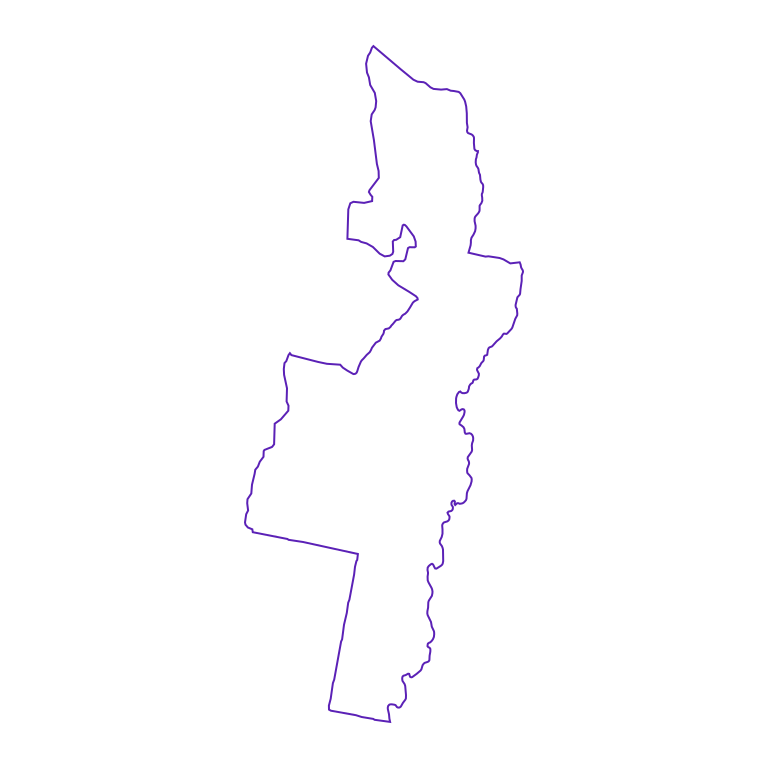 Patulul, Suchitepéquez, Guatemala
{"feature_id": "79465075B31102822949903", "entity_name": "Patulul", "entity_type": "district", "adm_level": 2, "iso_a3": "GTM", "parent_name": "Guatemala", "parent_adm1": "Suchitepéquez", "projection": "natural_earth1", "projection_center": [-91.15, 14.387], "detail": "fine", "context": "isolated", "style": "outline", "palette": "violet", "viewbox_px": 768, "rotation_deg": 0, "n_neighbors": 0, "source": "geoboundaries", "source_scale": "gbopen_adm2", "svg_char_len": 6092}
<svg xmlns="http://www.w3.org/2000/svg" viewBox="0 0 768 768"><path d="M390.1,721.9L389.4,718.6L389.0,714.3L387.8,708.9L387.8,707.4L388.2,705.9L389.3,704.7L390.1,704.4L391.6,704.3L394.3,704.7L395.5,705.1L397.0,707.1L398.1,707.6L399.5,707.5L400.6,706.8L401.1,706.1L402.9,702.9L405.4,699.6L405.9,698.4L406.0,695.1L405.2,685.9L404.6,684.1L402.5,680.9L402.3,679.9L402.2,678.1L402.6,676.5L403.5,675.7L405.6,675.1L408.1,673.7L409.2,673.9L409.7,675.8L410.3,677.0L411.3,677.3L412.2,677.1L416.6,673.9L420.6,670.5L421.4,669.3L422.6,665.2L423.7,663.7L424.6,662.9L427.7,661.9L428.7,661.3L429.4,660.1L429.6,655.7L430.3,651.8L430.4,649.8L430.2,648.5L429.3,647.6L428.3,647.2L427.5,646.2L427.6,645.0L427.9,643.6L429.2,642.7L430.3,642.3L431.9,640.7L433.0,639.1L433.9,636.9L434.2,634.2L434.1,632.0L433.8,630.9L431.8,626.7L431.0,622.0L427.7,615.2L427.3,613.5L427.4,611.2L428.1,607.6L428.3,602.4L428.6,601.2L429.1,600.2L431.9,595.8L432.4,593.3L432.5,591.5L432.1,589.3L431.5,587.8L428.5,582.4L427.7,580.3L427.6,576.5L428.0,573.7L428.0,572.5L427.5,570.0L427.7,567.6L428.7,566.1L429.7,565.2L431.0,564.2L432.0,563.8L433.1,564.5L434.6,567.6L435.2,568.5L436.5,568.6L440.9,565.8L442.2,564.6L442.7,563.6L443.2,561.1L443.0,549.6L442.6,547.9L441.9,546.1L440.0,543.5L439.7,542.3L439.8,540.9L441.7,537.0L442.5,533.7L442.5,529.3L442.2,525.8L442.3,524.8L442.9,523.5L444.0,522.4L447.3,521.4L448.4,520.6L449.2,519.5L449.5,517.8L449.5,516.4L448.0,514.1L447.5,512.7L448.5,511.6L451.2,511.0L452.2,510.2L452.7,509.3L452.9,508.0L452.8,506.8L451.6,505.0L451.4,504.0L451.5,502.7L452.1,501.5L453.1,500.8L454.2,500.7L454.9,501.5L454.6,504.1L455.2,505.0L457.2,503.2L458.4,503.2L459.7,503.8L461.7,503.5L462.7,503.2L463.8,502.5L465.1,501.2L466.0,500.1L466.5,498.7L466.9,493.2L467.5,491.2L470.5,485.2L471.6,481.3L471.7,479.3L471.5,478.0L469.5,475.3L467.5,473.2L467.2,472.2L467.1,470.4L467.2,468.8L469.0,464.0L469.1,463.0L468.8,461.3L468.2,460.3L467.6,458.7L467.8,457.1L471.7,451.6L472.1,450.0L471.8,445.4L472.1,443.3L473.1,440.5L473.2,438.0L472.9,436.5L472.2,435.0L471.1,433.8L469.5,433.2L466.5,433.8L465.5,433.7L464.8,432.5L464.4,429.0L463.5,427.2L461.5,425.5L459.6,424.3L459.4,423.1L459.7,422.2L463.2,416.4L464.0,414.7L464.6,411.9L464.5,410.4L463.8,409.4L462.7,409.1L461.5,409.4L459.5,410.8L458.4,410.3L457.5,408.9L456.7,407.1L456.0,403.0L456.1,398.4L456.5,396.6L457.3,394.3L459.0,392.0L460.3,391.5L461.2,392.5L462.4,393.1L464.3,393.2L466.2,392.8L467.2,392.3L467.8,391.6L468.8,388.8L469.1,386.4L470.2,384.5L471.3,383.5L472.4,383.0L473.0,381.8L473.3,380.4L474.2,379.6L476.5,379.4L477.5,378.8L478.1,377.6L478.8,375.4L478.9,373.7L477.2,370.4L477.0,369.6L477.3,368.2L478.4,367.5L479.7,366.2L481.3,363.1L483.3,361.0L483.7,360.1L484.1,356.5L484.9,355.6L486.0,355.4L487.2,354.8L487.9,349.9L488.6,348.2L489.4,347.4L491.8,346.5L492.4,346.0L496.6,341.3L500.1,338.4L501.8,336.5L503.0,334.4L504.0,333.6L506.5,333.9L507.3,333.4L511.5,328.9L512.3,327.6L515.3,318.8L517.2,315.3L517.3,313.5L516.8,308.7L515.9,307.5L515.6,306.0L515.6,304.9L517.4,297.3L519.8,294.6L520.1,293.6L520.5,289.2L521.7,280.9L521.7,275.5L522.9,272.3L523.0,271.2L522.5,269.8L521.7,268.6L521.1,267.3L520.6,264.6L519.7,262.3L510.3,263.4L503.5,259.4L499.6,258.0L488.5,256.3L485.5,256.6L468.5,252.7L470.6,245.3L470.9,242.6L470.9,240.1L471.5,237.7L473.5,234.6L475.1,231.2L475.6,228.3L475.6,225.8L474.6,221.2L474.6,218.7L474.9,217.3L475.6,216.2L478.1,213.4L478.9,212.2L479.5,210.9L479.6,209.5L479.6,205.8L480.0,205.0L481.4,203.1L482.3,200.8L482.2,197.7L481.8,195.1L481.9,193.9L482.6,192.4L482.8,191.1L483.2,187.0L483.1,185.1L482.5,183.8L481.4,182.6L480.9,181.7L480.4,179.5L480.0,174.9L479.0,172.7L478.4,169.0L477.9,167.9L476.4,165.7L476.0,164.5L475.7,162.4L475.9,159.2L476.5,157.5L476.9,154.7L477.9,152.3L477.9,151.1L477.1,151.2L475.3,150.3L474.4,148.9L473.9,143.0L474.0,138.8L473.9,137.2L473.3,136.1L472.5,135.1L471.5,134.4L468.1,133.1L467.3,132.1L467.0,130.7L467.6,127.2L466.9,122.9L466.8,113.3L466.2,106.5L465.1,101.7L464.3,99.6L460.3,93.2L458.7,91.9L453.8,91.0L450.7,90.7L446.9,89.1L441.1,89.6L433.5,88.9L430.4,87.3L425.6,83.1L423.6,82.2L417.6,81.7L413.4,79.7L400.5,69.1L373.4,46.1L371.9,47.8L370.2,52.5L368.0,55.8L366.1,63.7L367.0,72.6L368.9,77.3L370.2,85.0L374.8,92.9L376.2,101.1L375.6,107.4L374.6,110.1L371.7,114.4L370.7,121.2L373.9,140.0L376.9,163.9L378.6,171.0L378.8,177.9L369.5,190.2L368.9,192.0L370.6,194.8L372.3,196.8L372.1,201.1L364.1,202.9L353.4,201.8L350.3,203.3L348.3,209.4L347.4,238.8L358.6,240.3L361.1,241.9L366.6,243.4L372.9,247.0L379.7,253.7L384.7,256.4L389.8,255.7L392.4,254.0L393.2,251.7L392.8,241.5L394.1,240.0L396.2,239.8L400.2,237.2L402.7,225.4L403.8,224.7L404.9,225.0L406.4,226.4L413.8,236.4L415.6,241.6L415.8,246.5L414.7,247.3L409.5,247.2L408.0,248.1L405.3,259.3L403.4,261.2L395.6,261.0L393.6,261.8L390.4,270.4L388.6,272.6L388.4,274.5L392.2,279.8L398.3,285.3L409.1,291.8L416.0,296.3L417.5,298.1L417.7,299.5L414.5,301.2L412.9,302.6L410.0,307.5L407.4,311.5L405.2,313.7L403.4,314.7L402.1,315.8L400.4,318.6L399.6,319.3L398.6,319.7L396.6,320.0L395.6,320.7L392.7,324.2L391.3,325.6L390.6,326.8L388.8,328.4L385.4,329.1L384.0,330.7L383.9,332.1L383.4,333.8L381.5,336.7L380.9,338.5L379.7,340.6L375.8,342.7L372.0,347.7L370.9,350.2L369.7,352.2L366.7,354.9L363.7,358.4L361.8,360.3L360.9,361.6L358.6,366.9L357.2,371.4L356.6,372.7L355.5,373.7L353.9,374.1L353.1,373.9L347.3,370.6L342.8,367.6L340.2,364.7L326.9,363.8L317.9,361.9L291.4,355.1L289.9,353.2L288.5,355.1L286.3,361.1L284.5,363.1L283.8,369.0L284.1,374.9L287.0,388.3L286.6,401.5L288.5,405.7L288.3,410.7L280.9,419.3L274.7,423.7L274.1,444.3L272.1,446.9L264.5,449.9L263.7,451.1L263.5,456.8L259.8,461.7L257.9,466.6L255.3,469.7L254.6,473.9L252.0,484.7L251.3,493.5L247.5,499.2L247.2,503.2L248.1,510.5L246.2,514.2L245.0,522.4L245.5,524.7L247.9,527.5L252.3,529.3L252.8,532.2L287.5,539.0L288.5,539.8L303.1,542.0L357.9,554.0L357.2,560.0L356.4,561.1L355.0,566.8L354.1,574.6L349.4,599.7L348.2,602.7L346.8,612.9L344.0,624.8L342.1,639.4L341.1,641.5L334.2,679.6L332.9,683.1L330.7,698.7L328.9,705.6L329.0,709.6L330.9,710.7L356.0,715.2L361.7,717.0L373.2,718.9L374.6,719.8L390.1,721.9Z" fill="none" stroke="#5b21b6" stroke-width="2"/></svg>